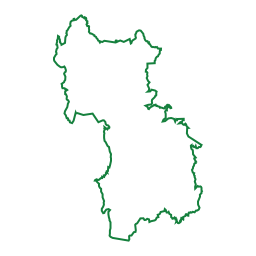 outline of Tulcingo, Puebla, Mexico
{"feature_id": "50627088B42861355241506", "entity_name": "Tulcingo", "entity_type": "district", "adm_level": 2, "iso_a3": "MEX", "parent_name": "Mexico", "parent_adm1": "Puebla", "projection": "equal_earth", "projection_center": [-98.397, 17.976], "detail": "fine", "context": "isolated", "style": "outline", "palette": "green", "viewbox_px": 256, "rotation_deg": 0, "n_neighbors": 0, "source": "geoboundaries", "source_scale": "gbopen_adm2", "svg_char_len": 5787}
<svg xmlns="http://www.w3.org/2000/svg" viewBox="0 0 256 256"><path d="M109.6,235.7L110.5,236.8L112.6,237.9L128.6,240.6L129.3,239.4L129.1,236.2L129.7,235.6L131.5,235.5L133.8,232.2L135.5,231.9L135.8,230.2L135.2,224.8L135.8,224.0L137.2,223.3L140.4,218.4L143.4,218.3L144.5,220.0L145.8,219.9L147.2,218.8L149.0,219.4L149.4,222.0L151.1,221.2L154.7,220.4L155.8,219.6L156.7,217.6L158.4,217.1L157.7,214.8L159.5,214.2L160.0,213.6L160.6,212.0L164.4,211.1L164.8,209.1L165.7,209.9L166.6,212.5L168.0,212.5L168.6,211.9L169.4,213.9L171.1,214.8L171.2,217.2L172.0,217.8L172.4,218.7L172.8,218.8L174.5,217.5L174.8,218.4L175.7,218.1L175.7,219.5L176.5,219.4L176.7,220.2L176.2,221.9L176.9,221.3L177.9,223.0L178.8,223.2L180.3,222.2L179.9,221.1L180.5,220.2L181.0,220.5L181.3,218.3L183.3,219.5L183.4,219.0L182.6,217.4L185.3,216.0L185.8,214.3L186.5,214.2L187.4,215.5L188.3,215.7L188.5,213.3L188.9,212.6L189.9,212.8L190.4,212.2L191.7,212.6L192.7,211.8L194.6,212.3L196.0,210.6L197.3,210.5L198.8,209.5L199.5,207.7L198.1,204.7L198.0,201.5L200.0,196.7L199.9,194.7L201.5,193.1L201.4,192.0L202.0,191.2L201.5,190.3L201.5,187.8L201.0,186.8L200.3,186.4L198.8,186.7L197.7,186.0L195.2,188.6L195.1,186.8L195.8,184.5L194.8,181.6L195.5,179.2L194.6,177.1L194.7,175.9L194.3,175.7L193.8,174.0L194.2,173.2L192.8,172.5L192.0,169.9L192.9,168.5L193.2,166.6L193.9,165.8L194.3,163.7L195.7,163.0L195.4,162.2L196.1,161.8L194.2,158.7L194.3,158.2L195.7,157.6L193.1,154.4L192.8,150.2L191.5,149.0L191.0,147.4L190.9,145.6L191.6,145.1L191.6,146.4L192.7,146.5L193.3,146.0L194.1,147.2L195.3,147.0L195.7,146.1L196.3,148.2L197.7,148.2L199.0,146.9L200.1,147.1L200.7,146.7L201.1,145.9L201.0,145.2L201.4,144.9L188.4,136.5L186.9,133.4L187.2,128.0L188.4,127.9L186.7,126.3L186.1,124.5L185.6,124.7L185.2,123.8L184.0,124.9L182.8,124.3L182.0,123.0L179.1,123.4L180.4,122.1L181.7,122.2L182.8,120.2L182.8,119.6L183.7,119.9L183.7,118.8L177.6,119.0L177.2,119.9L176.2,119.1L175.2,121.6L174.1,118.9L171.2,118.0L168.4,118.4L165.1,121.1L162.7,121.5L163.5,119.6L165.7,118.0L165.7,113.8L165.1,111.8L165.8,110.4L166.9,110.4L166.7,109.4L167.7,107.1L167.3,107.1L168.6,106.7L170.0,107.5L170.4,108.2L171.2,108.0L171.1,107.3L169.1,105.2L168.4,105.7L167.9,104.8L167.3,104.8L166.5,105.6L166.0,106.7L165.1,106.8L164.9,108.2L164.1,108.5L161.5,107.6L159.9,107.7L159.7,106.8L158.0,106.4L157.3,105.8L156.4,106.0L155.7,104.7L154.8,105.3L154.1,104.9L152.4,106.3L151.7,106.4L149.3,108.3L148.9,109.1L148.3,108.9L147.6,107.0L145.6,105.7L148.3,104.8L151.0,104.5L151.8,103.7L152.1,103.0L151.8,101.1L152.1,99.7L154.7,97.2L155.4,95.7L156.0,95.6L156.3,95.1L156.2,92.9L156.6,91.6L155.0,90.5L151.6,89.7L150.2,91.4L147.8,91.6L148.6,90.9L149.3,88.8L147.5,84.9L149.5,82.3L148.1,81.0L146.7,78.0L147.5,76.1L147.1,74.6L147.4,72.7L146.9,72.0L145.8,71.7L146.0,69.7L147.5,67.9L147.4,63.6L154.7,63.2L154.7,60.9L155.3,60.3L155.7,58.3L156.8,56.8L158.0,56.3L158.7,54.6L159.5,53.9L159.8,53.2L159.7,51.9L160.0,50.4L160.9,50.1L161.0,48.6L158.1,48.6L157.0,47.0L156.0,47.4L155.4,47.0L154.7,47.3L152.8,46.9L152.2,47.1L151.3,46.5L149.9,44.2L149.4,44.1L149.3,43.4L148.6,43.2L148.8,42.4L148.2,42.5L147.5,41.2L146.4,41.3L145.2,40.1L144.4,38.2L144.5,37.3L143.6,35.7L143.3,33.8L140.8,30.7L139.7,30.4L138.9,30.4L136.6,31.7L135.8,33.9L135.3,34.4L135.5,36.5L135.9,37.6L135.6,38.5L132.6,40.4L131.9,41.4L131.3,43.2L130.8,43.5L129.7,39.0L123.8,41.9L120.2,40.5L117.3,41.7L116.6,40.5L115.9,40.5L115.6,41.0L116.1,42.3L115.5,42.5L104.3,40.8L102.3,42.0L100.5,41.5L99.9,42.5L99.7,42.2L99.8,41.2L98.2,40.6L97.5,39.0L96.6,38.3L96.1,37.0L94.4,36.0L94.4,35.3L91.5,33.6L90.2,33.5L88.9,31.8L89.2,30.2L88.9,28.3L89.1,26.7L88.7,26.0L87.3,26.1L86.5,24.3L87.5,23.1L87.0,22.3L87.4,21.3L86.1,20.3L86.3,19.0L86.0,17.9L85.0,17.4L84.9,18.5L84.5,18.5L83.5,17.4L82.3,17.1L81.9,15.7L81.4,15.4L80.5,15.7L76.1,19.8L75.3,19.9L74.5,19.6L74.3,18.8L73.7,18.9L73.7,20.3L72.3,20.5L70.7,21.7L70.2,24.1L70.6,25.8L69.2,27.2L67.4,30.4L66.7,30.9L66.7,32.1L66.3,33.2L66.7,33.7L66.9,35.0L65.8,36.3L65.4,37.6L65.0,42.9L61.5,44.8L61.4,44.1L60.0,42.3L60.2,41.9L59.9,41.0L59.9,39.8L59.1,38.0L59.1,36.7L58.0,36.0L57.8,38.6L57.0,40.5L57.2,41.3L56.4,44.6L57.2,45.0L57.6,47.8L56.6,49.2L56.0,51.9L56.5,52.9L56.5,54.2L55.9,54.6L54.0,57.8L54.0,59.8L54.3,60.9L57.4,64.8L59.9,66.7L61.1,67.3L63.1,67.1L64.3,66.5L65.1,67.7L65.9,70.2L65.7,71.7L64.7,72.4L64.1,73.8L65.4,76.6L65.2,80.0L64.4,81.0L64.1,82.1L61.6,83.9L62.1,85.2L62.0,86.7L62.5,88.2L64.1,88.2L64.8,88.4L65.1,89.1L66.4,89.3L67.2,90.0L65.2,91.3L65.1,93.2L65.4,93.6L65.3,94.2L66.0,94.4L66.9,96.4L66.6,98.9L66.9,99.6L68.2,100.3L68.9,101.8L67.9,103.7L67.3,107.1L65.0,111.2L64.5,113.5L65.8,115.3L66.7,118.2L67.7,118.1L68.1,118.6L68.2,120.2L69.6,120.6L69.9,122.3L72.1,123.1L73.6,120.7L75.7,112.6L76.0,113.4L77.4,113.1L83.4,115.0L92.6,113.6L98.4,122.2L102.8,120.3L103.8,120.3L105.3,121.9L105.7,124.0L106.7,125.1L108.3,125.5L109.4,127.1L109.3,127.8L108.8,128.3L108.0,128.2L107.4,129.4L104.5,127.1L104.7,128.4L104.4,128.6L104.9,129.5L104.3,130.3L103.9,131.9L104.4,133.2L104.1,134.8L104.1,137.9L104.6,141.0L105.6,142.0L107.6,146.0L109.0,147.0L109.8,151.6L111.0,154.1L110.7,157.4L111.0,158.0L111.0,160.9L110.1,165.0L109.4,167.5L108.2,167.0L108.0,170.5L107.3,170.9L107.5,171.3L106.7,171.5L107.2,172.8L106.4,172.4L105.9,172.9L106.0,174.1L105.1,174.9L105.1,175.4L103.9,175.4L104.0,176.8L103.2,176.5L102.5,177.4L102.1,177.1L102.1,178.1L100.7,178.2L99.0,179.8L98.1,180.0L96.6,179.3L95.2,180.0L94.9,180.6L96.3,180.7L97.3,182.2L99.1,183.8L98.9,185.0L99.1,186.4L99.9,187.8L101.1,188.8L101.1,191.6L102.6,194.2L102.6,197.4L104.1,201.1L103.7,202.5L103.9,204.7L103.1,206.8L101.8,208.8L101.8,210.8L103.2,213.2L104.3,212.9L104.7,211.7L106.3,209.6L108.6,209.1L110.0,210.0L108.4,211.9L108.4,214.3L108.9,217.4L109.5,219.2L109.5,220.3L110.5,222.3L110.5,228.2L109.9,230.5L109.9,233.7L109.6,235.7Z" fill="none" stroke="#15803d" stroke-width="2"/></svg>